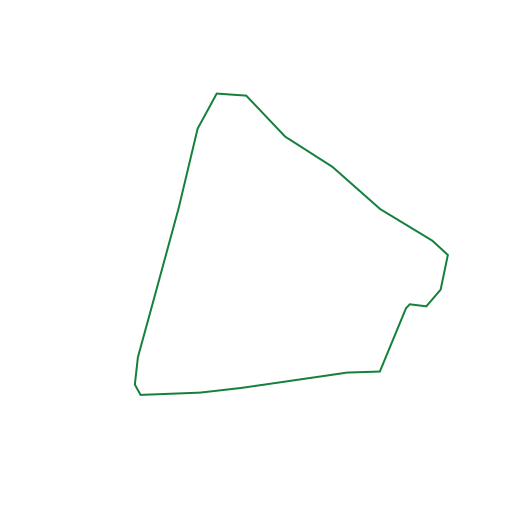 map outline of Telford and Wrekin (Mercator projection), rotated 61°
{"feature_id": "GBR-2121", "entity_name": "Telford and Wrekin", "entity_type": "Unitary Authority", "adm_level": 1, "iso_a3": "GBR", "parent_name": "United Kingdom", "parent_adm1": "", "projection": "mercator", "projection_center": [-2.456, 52.714], "detail": "fine", "context": "isolated", "style": "outline", "palette": "green", "viewbox_px": 512, "rotation_deg": 61, "n_neighbors": 0, "source": "natural_earth", "source_scale": "10m", "svg_char_len": 437}
<svg xmlns="http://www.w3.org/2000/svg" viewBox="0 0 512 512"><g transform="rotate(61 256 256)"><path d="M348.1,87.7L374.9,110.8L382.6,131.4L372.8,144.9L374.4,150.1L417.1,203.7L402.1,232.9L364.5,332.2L348.4,371.1L332.3,403.0L321.5,424.3L309.7,424.3L287.2,408.3L242.0,364.1L176.5,300.3L116.3,245.3L94.9,211.6L111.0,186.8L165.8,172.6L215.2,145.9L275.3,124.6L328.0,94.4L348.1,87.7Z" fill="none" stroke="#15803d" stroke-width="2"/></g></svg>